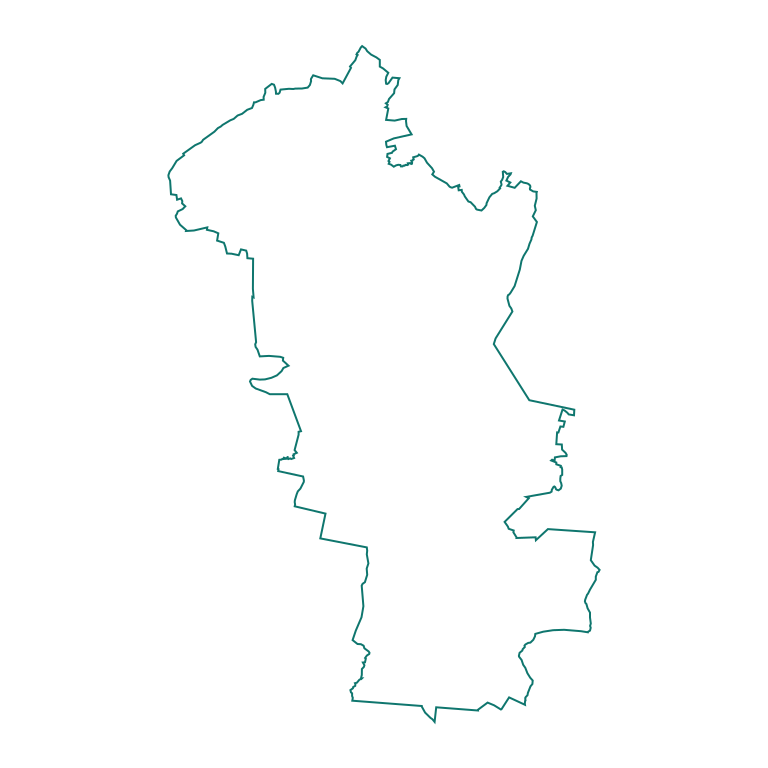 the district of Tileagd, Bihor, Romania
{"feature_id": "2599482B26148898048823", "entity_name": "Tileagd", "entity_type": "district", "adm_level": 2, "iso_a3": "ROU", "parent_name": "Romania", "parent_adm1": "Bihor", "projection": "equal_earth", "projection_center": [22.211, 47.067], "detail": "fine", "context": "isolated", "style": "outline", "palette": "teal", "viewbox_px": 768, "rotation_deg": 0, "n_neighbors": 0, "source": "geoboundaries", "source_scale": "gbopen_adm2", "svg_char_len": 6059}
<svg xmlns="http://www.w3.org/2000/svg" viewBox="0 0 768 768"><path d="M525.0,704.8L524.8,703.4L525.1,701.2L525.5,700.5L525.2,700.0L525.5,699.0L525.2,698.1L525.7,697.1L527.5,695.2L527.9,692.9L530.5,686.3L532.4,684.0L532.7,680.5L530.2,677.7L527.4,673.2L525.3,667.8L523.2,664.8L521.6,660.0L519.0,656.6L518.9,655.8L519.6,652.8L522.3,650.6L522.7,649.2L524.8,647.0L524.5,645.6L525.4,644.5L528.2,642.9L530.4,642.6L533.3,639.8L535.0,636.3L535.3,633.9L543.2,631.7L553.1,630.2L564.1,629.8L581.0,631.2L587.9,632.3L588.0,631.8L590.0,630.6L590.7,627.8L590.1,625.9L590.8,623.5L590.0,617.5L590.0,612.6L587.6,608.3L586.4,604.0L585.5,603.1L584.9,601.3L585.2,599.7L587.1,594.7L588.0,593.7L590.0,589.6L595.8,579.8L595.8,576.6L597.4,572.2L598.5,571.9L599.6,569.9L597.6,567.7L594.6,565.6L590.8,560.2L593.1,545.0L592.9,542.0L595.1,532.3L547.9,529.1L535.9,540.2L535.6,537.3L516.5,538.0L516.6,537.5L513.4,532.3L513.7,530.5L508.7,528.8L507.9,526.6L504.6,521.9L517.5,509.1L519.1,509.0L528.8,498.2L526.2,496.9L549.9,492.7L551.6,491.6L551.8,489.8L553.6,486.8L554.4,486.5L555.2,487.2L556.1,489.3L556.9,489.8L558.5,490.3L560.8,488.6L561.7,485.7L561.2,483.2L560.3,481.2L560.3,478.7L560.6,476.0L562.2,474.9L562.2,469.5L561.7,467.4L560.6,467.2L560.8,465.8L556.3,464.3L556.3,462.5L551.2,460.5L552.1,459.7L554.6,460.7L554.9,457.4L560.7,456.3L566.5,456.1L566.7,454.8L565.5,452.8L562.1,449.6L561.8,444.5L556.3,444.2L557.1,432.4L558.4,432.5L560.4,426.5L563.4,426.8L564.8,421.5L559.0,420.5L562.5,409.6L564.6,410.5L567.4,412.8L568.7,414.4L574.0,415.3L574.3,409.7L529.3,400.2L493.8,344.1L495.6,338.4L512.4,311.5L511.3,308.5L509.4,305.8L507.5,298.6L507.6,296.4L508.2,295.0L509.2,294.5L510.6,292.7L514.6,286.1L519.8,269.6L521.5,260.8L523.7,255.8L528.0,248.8L529.5,243.8L531.4,239.5L531.7,237.4L532.6,235.8L536.9,222.0L532.8,216.4L535.8,210.2L534.8,205.8L536.6,198.5L536.5,193.1L536.8,191.9L533.2,191.4L530.0,189.5L529.9,188.3L530.4,186.9L530.1,185.5L528.5,184.0L526.9,183.3L523.4,182.6L520.9,181.3L514.7,187.8L507.5,185.8L510.3,182.5L506.4,180.6L508.1,176.9L510.5,174.4L510.9,173.3L506.9,173.9L505.2,172.0L503.7,171.3L502.8,171.8L503.2,177.0L502.1,179.9L500.8,181.6L501.5,184.3L501.4,185.1L499.6,187.8L500.1,188.4L497.3,191.3L494.2,193.2L492.2,193.9L489.4,197.3L486.6,203.2L486.4,205.0L484.2,208.0L481.5,210.5L477.0,209.6L476.0,208.9L475.0,206.7L470.6,202.2L468.4,201.5L464.8,196.4L464.0,194.5L461.9,191.8L461.7,189.9L458.7,190.3L458.1,186.7L459.5,186.4L459.2,185.0L452.1,187.7L450.8,187.3L449.6,186.7L446.8,183.4L434.9,176.7L432.3,174.4L434.0,171.7L432.0,168.2L427.0,162.7L424.5,158.3L422.6,156.7L418.9,154.6L418.2,155.6L417.1,156.2L413.2,157.3L413.7,159.4L412.9,159.7L412.7,160.4L411.3,160.7L412.1,162.4L412.0,163.7L411.2,164.0L410.2,163.1L407.8,163.3L408.2,164.6L407.3,165.1L405.4,164.9L404.6,165.7L403.3,165.6L402.6,166.4L400.9,166.4L400.4,165.0L398.2,164.8L396.0,165.4L393.8,166.7L391.0,164.6L388.7,163.8L389.5,161.8L388.5,161.0L389.9,158.3L387.1,156.9L387.5,153.9L392.0,152.8L392.6,151.6L396.0,149.2L394.9,145.7L387.0,147.2L386.3,144.8L386.0,141.7L393.8,138.4L411.6,134.4L406.6,126.0L406.0,121.0L406.2,118.9L401.9,119.0L394.7,120.6L386.1,119.9L388.3,108.5L385.6,107.3L387.1,106.5L387.7,104.8L385.9,103.3L387.9,102.0L389.0,99.0L394.1,93.2L394.5,89.4L397.7,85.0L398.3,80.1L399.4,78.2L392.5,77.6L388.5,83.2L387.1,84.0L386.1,83.7L385.7,80.0L386.3,76.7L388.3,72.8L383.0,68.4L379.8,66.6L379.8,59.9L376.4,57.4L371.1,54.6L367.2,51.2L365.6,48.6L362.1,46.1L360.8,47.5L358.5,51.8L357.3,52.8L356.5,54.4L357.6,55.0L356.7,56.4L355.3,60.2L350.0,66.5L351.0,67.8L342.6,83.4L340.4,81.1L334.7,78.8L322.4,78.3L313.2,75.3L311.1,78.7L310.9,79.4L311.1,81.1L309.9,85.0L307.7,87.6L302.1,88.5L295.3,88.6L293.3,89.0L288.9,88.8L280.5,89.6L279.6,92.7L278.4,93.8L276.0,93.7L275.9,91.5L275.1,87.6L274.0,84.7L271.7,83.9L265.2,88.9L265.3,92.8L263.6,96.9L263.7,99.7L260.7,100.1L255.6,102.3L254.0,102.3L253.4,104.7L252.0,108.0L247.2,109.8L242.1,113.8L237.6,115.5L233.7,118.9L230.3,120.3L222.6,124.9L220.8,126.5L217.9,128.1L214.4,131.7L203.1,139.8L201.8,141.8L200.6,142.7L195.1,145.2L183.2,153.7L184.1,155.3L176.6,160.9L172.2,168.2L169.7,171.5L168.4,175.2L168.6,177.2L170.1,180.6L171.0,194.3L176.4,195.0L177.1,199.7L181.0,198.4L182.3,201.1L182.1,203.4L185.3,206.3L182.6,209.1L177.8,211.4L177.0,213.7L175.7,215.8L175.9,217.5L180.0,224.7L186.4,230.3L186.1,231.0L194.0,230.5L207.3,227.4L206.9,229.8L213.7,231.3L218.3,233.3L217.1,240.6L223.9,242.8L225.3,246.6L227.0,253.5L231.5,253.7L238.7,255.2L241.0,249.4L246.2,250.6L247.1,253.6L247.4,258.2L253.1,258.7L252.9,288.9L253.6,297.4L252.3,296.8L252.2,300.9L256.1,342.2L255.2,344.3L255.6,346.9L257.5,349.7L259.8,356.4L269.0,355.9L280.2,356.8L283.2,357.8L282.9,360.6L288.5,365.7L283.4,368.0L281.6,371.1L276.9,375.4L271.4,377.8L265.0,379.4L259.8,379.6L252.4,378.7L250.7,379.9L250.0,381.5L252.1,385.9L255.7,388.5L265.9,392.2L269.8,394.2L287.3,394.2L301.0,431.2L298.6,431.8L298.6,434.7L294.6,450.1L296.8,452.8L293.6,454.3L293.8,455.3L293.1,455.6L294.1,458.0L291.2,459.0L290.2,458.4L288.2,459.1L287.7,458.7L287.8,457.2L287.5,457.1L286.2,458.8L284.5,458.9L284.8,458.0L283.9,457.7L283.3,459.0L282.3,458.9L281.6,459.6L279.3,459.8L277.8,469.0L278.5,469.2L278.2,471.1L303.1,476.5L303.9,480.5L303.8,481.9L300.4,488.6L297.8,491.4L296.7,494.2L294.9,500.2L294.7,502.1L295.1,504.4L294.7,506.3L325.5,513.6L320.3,538.4L366.8,547.4L367.2,550.7L366.8,554.3L368.4,563.4L366.7,568.6L367.2,574.8L364.9,582.2L362.6,583.8L361.7,585.6L363.4,606.2L361.5,617.3L355.8,630.6L352.6,640.1L357.5,644.0L360.9,644.2L363.6,645.7L364.4,648.3L368.7,651.5L369.5,652.8L369.2,654.0L366.9,655.5L365.1,658.0L365.8,658.6L365.0,662.3L362.9,662.5L364.4,665.2L363.9,666.9L361.9,669.0L361.8,675.0L361.0,678.3L362.0,678.3L361.2,679.1L360.7,679.0L359.3,679.8L356.9,682.7L355.0,683.2L355.4,684.0L355.2,685.9L353.2,687.0L352.9,688.3L350.4,690.1L351.0,692.4L352.1,693.3L352.1,696.0L352.8,697.8L352.3,700.7L421.8,706.0L421.9,706.8L425.1,712.6L430.5,717.9L432.4,719.2L434.6,721.9L436.2,707.3L478.0,710.5L477.9,709.8L487.6,702.6L494.1,705.3L500.9,709.5L501.5,709.2L509.1,697.4L525.0,704.8Z" fill="none" stroke="#0f766e" stroke-width="2"/></svg>